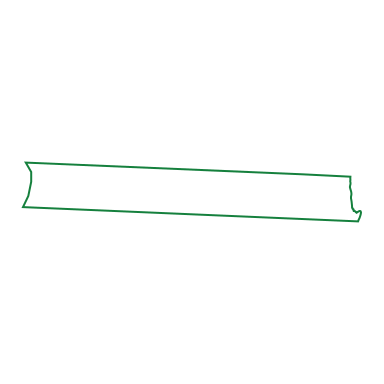 the district of Ngersngai, Ngiwal, Palau
{"feature_id": "81905179B24146808409811", "entity_name": "Ngersngai", "entity_type": "district", "adm_level": 2, "iso_a3": "PLW", "parent_name": "Palau", "parent_adm1": "Ngiwal", "projection": "mercator", "projection_center": [134.633, 7.553], "detail": "fine", "context": "isolated", "style": "outline", "palette": "green", "viewbox_px": 384, "rotation_deg": 0, "n_neighbors": 0, "source": "geoboundaries", "source_scale": "gbopen_adm2", "svg_char_len": 757}
<svg xmlns="http://www.w3.org/2000/svg" viewBox="0 0 384 384"><path d="M23.0,207.1L358.1,221.4L358.4,220.5L358.7,219.6L359.1,218.9L359.6,217.8L360.2,216.0L360.6,214.7L361.0,212.7L360.7,211.4L360.5,211.2L360.0,211.0L359.5,211.0L358.8,211.3L358.0,211.8L356.8,212.6L356.6,212.1L355.8,212.2L355.4,211.5L354.8,211.1L353.8,211.0L353.7,210.0L353.3,209.8L353.3,209.2L352.7,208.9L352.6,208.2L352.1,207.8L352.0,205.5L351.8,203.6L351.6,201.7L351.3,199.8L351.0,198.4L351.0,196.8L351.2,195.7L351.4,194.7L351.4,193.1L351.1,191.4L350.6,189.8L350.1,188.0L349.9,187.0L350.2,185.2L350.5,184.0L350.5,182.8L350.2,181.1L350.4,180.1L350.3,178.2L350.4,176.7L302.4,174.3L25.8,162.6L31.2,172.0L31.2,181.8L28.3,196.0L23.0,207.1Z" fill="none" stroke="#15803d" stroke-width="2"/></svg>